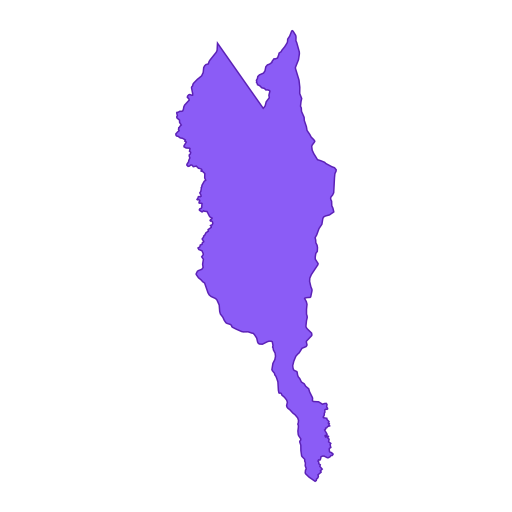 the district of Argelia, Antioquia, Colombia, rotated 90°
{"feature_id": "7082276B45254124580700", "entity_name": "Argelia", "entity_type": "district", "adm_level": 2, "iso_a3": "COL", "parent_name": "Colombia", "parent_adm1": "Antioquia", "projection": "robinson", "projection_center": [-75.064, 5.704], "detail": "fine", "context": "isolated", "style": "filled", "palette": "violet", "viewbox_px": 512, "rotation_deg": 90, "n_neighbors": 0, "source": "geoboundaries", "source_scale": "gbopen_adm2", "svg_char_len": 6091}
<svg xmlns="http://www.w3.org/2000/svg" viewBox="0 0 512 512"><g transform="rotate(90 256 256)"><path d="M43.2,294.5L50.3,294.9L52.2,295.7L59.8,301.8L61.5,302.9L63.9,303.7L64.6,306.1L65.9,307.4L67.6,308.3L72.5,308.8L75.9,310.4L79.3,314.6L83.0,318.2L84.1,319.0L85.9,319.4L86.9,320.3L87.7,320.5L93.8,319.3L95.2,319.4L95.3,320.1L94.5,322.2L94.8,323.2L95.2,323.6L96.1,324.4L97.2,324.7L99.1,323.0L100.1,322.8L105.1,327.4L106.9,328.2L109.3,328.6L110.9,329.3L111.3,330.2L111.3,332.3L112.2,333.7L112.4,335.1L112.9,335.3L115.7,334.6L116.6,335.2L117.4,335.2L118.1,334.9L120.1,332.5L122.5,332.4L125.0,330.7L126.2,332.0L127.3,332.6L127.6,333.2L129.5,333.5L130.7,332.9L131.8,334.3L134.0,336.2L135.5,335.9L136.2,335.0L136.3,333.9L137.9,331.8L138.3,329.5L139.9,326.7L141.1,327.2L141.6,326.1L142.2,325.8L145.8,328.0L146.8,328.0L148.0,325.9L148.2,322.4L148.6,322.0L151.3,322.5L152.0,321.5L152.7,321.3L154.1,321.8L155.0,322.8L156.4,322.7L157.9,322.1L160.3,323.2L161.7,323.4L164.3,325.1L165.2,325.1L166.4,323.9L166.1,322.6L164.9,321.0L165.3,319.8L166.7,318.7L166.1,315.7L168.3,313.5L168.4,312.6L169.2,310.5L170.1,310.1L170.7,310.9L171.1,310.9L171.5,309.3L173.5,307.2L177.9,307.3L180.2,306.3L181.3,307.8L185.2,310.0L187.0,310.3L187.7,310.8L188.7,310.7L191.4,311.2L192.9,312.2L195.0,311.1L196.2,310.9L196.7,311.5L196.5,313.1L196.8,313.7L198.2,314.1L199.4,315.0L199.8,314.6L199.8,313.1L200.2,312.4L200.9,312.2L202.2,313.0L203.1,312.8L203.3,310.3L203.5,310.0L207.5,310.3L208.2,310.7L208.9,312.3L209.9,312.7L210.5,312.2L211.9,310.1L211.8,309.5L210.8,308.6L211.3,307.3L211.5,305.0L216.3,302.5L217.1,301.8L218.0,300.0L218.6,300.0L219.8,301.6L220.6,301.9L221.1,301.4L220.9,300.6L221.7,299.6L223.3,299.2L224.7,299.7L225.5,301.5L226.6,300.7L227.4,300.8L229.6,303.9L231.2,303.7L232.7,306.0L235.2,307.3L236.0,308.3L237.2,308.5L238.8,309.8L239.4,309.7L241.3,308.3L241.8,308.3L242.7,309.6L244.4,310.0L245.0,311.7L246.9,312.2L248.0,314.0L249.5,313.2L250.8,310.0L253.9,308.7L254.7,308.8L256.8,310.3L259.3,308.6L264.2,309.4L267.5,308.9L269.3,310.2L270.6,313.6L271.3,314.6L273.7,315.8L274.5,315.8L277.8,313.5L279.8,311.0L281.7,309.3L283.0,307.4L292.8,304.0L294.9,302.8L296.5,300.9L298.5,296.5L299.9,295.1L305.0,292.8L311.5,292.3L314.0,291.6L317.3,289.1L320.4,287.7L322.7,286.1L323.3,285.2L324.5,281.5L325.5,280.5L326.6,280.2L327.2,279.6L329.1,275.9L331.6,270.2L331.9,268.5L331.8,263.9L333.1,260.2L333.3,258.8L334.7,257.5L338.1,255.3L342.0,254.4L343.3,253.7L344.0,252.7L344.2,249.6L341.7,244.6L341.2,243.0L341.2,240.8L341.8,239.7L345.6,239.0L347.1,239.4L348.0,238.9L349.9,238.6L353.1,236.9L356.2,236.5L359.5,237.1L363.4,239.1L369.6,240.1L370.6,239.7L373.3,237.5L374.9,237.2L376.1,236.2L378.0,235.4L381.9,234.1L390.4,233.6L392.8,233.1L393.1,232.8L393.1,231.4L393.5,230.7L395.1,230.1L397.3,227.5L400.0,225.4L402.2,224.6L405.6,225.4L406.9,225.1L408.2,224.2L409.9,222.0L413.0,219.2L414.8,216.9L417.9,214.3L420.4,213.5L422.8,213.7L424.1,214.2L425.2,213.7L426.8,213.6L431.0,214.1L434.4,213.8L435.6,213.4L438.9,211.2L440.1,211.3L441.0,212.1L441.8,212.3L445.2,211.2L450.7,211.1L455.7,210.4L456.4,210.1L459.3,207.3L461.0,207.3L462.9,206.6L465.8,206.8L467.9,206.0L469.0,205.8L470.1,206.5L472.9,206.8L473.9,206.3L477.1,203.0L481.3,196.9L480.5,195.7L479.1,195.5L477.9,194.2L476.4,193.6L474.8,194.0L472.2,190.9L471.7,191.0L470.9,191.6L469.1,189.8L466.3,192.2L464.8,191.7L463.7,193.2L462.0,193.2L461.1,194.0L459.9,193.5L460.1,192.1L458.9,191.4L456.9,191.1L456.1,189.6L456.1,187.9L457.7,184.7L457.8,183.9L456.9,182.1L455.6,181.1L455.5,179.9L454.5,179.0L453.9,179.0L453.3,180.0L452.7,180.2L452.0,182.2L451.6,182.5L449.0,182.8L448.3,182.5L447.5,181.2L444.6,181.9L443.4,181.2L441.8,183.4L439.2,182.9L437.5,184.7L437.1,184.6L436.7,183.5L436.4,183.5L436.1,184.0L436.1,185.2L436.9,186.5L435.8,187.0L435.4,186.6L435.3,185.3L434.3,184.9L430.0,187.4L429.3,186.5L428.1,186.4L427.9,185.4L426.6,184.4L425.9,182.3L425.5,182.4L424.9,183.2L423.6,182.7L423.0,183.7L421.6,183.0L419.5,185.0L418.3,185.2L417.7,188.5L417.1,188.8L415.0,187.7L413.2,187.7L412.2,187.1L410.0,187.2L409.3,186.5L409.3,184.9L408.9,184.4L408.3,184.4L406.9,185.4L404.5,185.0L403.4,185.7L403.5,187.4L404.2,189.5L401.8,193.4L401.5,198.5L400.8,199.6L398.2,199.4L397.3,199.7L391.9,202.4L388.8,203.3L386.3,206.3L383.8,207.8L382.0,210.6L378.5,212.3L376.9,213.7L375.1,214.4L372.0,214.9L371.5,215.3L370.4,217.8L369.6,218.5L368.0,219.0L365.7,219.3L361.2,218.2L356.3,216.2L354.1,214.3L352.9,212.9L348.3,210.0L346.6,206.0L345.7,205.3L344.9,205.0L341.8,205.7L341.1,205.5L335.7,200.4L335.0,200.1L333.1,200.4L328.8,204.8L327.6,205.7L326.3,206.1L320.6,205.5L317.6,204.8L316.1,204.9L314.2,205.5L309.4,205.5L304.3,205.0L301.6,205.7L298.5,207.4L298.0,207.0L297.6,205.1L297.4,201.9L296.8,201.3L290.7,200.0L289.3,200.1L286.9,201.1L281.4,202.4L278.1,202.2L274.5,200.6L264.7,194.1L263.6,193.9L259.2,196.7L257.3,196.8L253.4,196.2L251.4,194.7L247.6,194.5L245.3,194.9L242.7,196.2L240.0,196.3L237.7,196.9L234.9,195.3L228.6,193.0L224.2,190.1L218.6,189.2L217.0,188.4L216.0,186.6L214.9,182.5L211.9,178.2L208.1,179.1L205.8,180.2L201.2,180.4L199.5,181.2L198.1,181.4L196.9,181.0L195.0,179.4L192.7,178.3L177.6,177.5L173.6,177.1L171.3,176.0L169.8,175.8L167.7,177.5L166.7,180.2L163.5,186.2L162.3,187.4L160.7,191.3L159.7,194.5L153.5,198.3L150.2,199.8L146.4,200.3L145.2,199.9L142.1,197.6L141.2,197.2L139.7,198.2L137.0,200.9L134.5,202.2L130.4,205.0L126.7,205.6L120.5,207.7L117.3,207.9L111.4,210.5L108.0,210.7L106.2,211.5L101.6,211.0L98.5,210.3L93.5,212.3L87.3,212.2L80.1,213.0L68.6,216.5L67.5,216.6L59.7,213.5L53.8,212.6L51.9,212.7L42.9,215.2L40.7,216.1L37.0,216.0L35.4,216.3L31.4,218.8L30.7,219.5L31.0,220.3L36.1,222.3L39.1,224.3L41.8,224.5L43.1,225.0L46.8,227.3L50.2,230.1L51.7,230.9L53.1,232.9L54.8,233.3L58.0,234.5L58.9,236.7L58.8,238.0L61.5,240.0L62.4,240.1L64.1,242.4L64.9,244.6L66.8,246.2L70.8,247.0L73.1,248.5L74.9,252.6L76.5,254.2L78.6,254.6L80.3,255.6L81.1,255.3L82.5,255.5L83.5,254.7L84.7,254.5L85.7,252.3L87.8,250.2L88.4,247.6L89.9,246.2L89.9,244.3L90.6,242.4L91.2,242.1L95.2,243.1L97.7,242.7L101.8,245.8L105.7,246.8L107.0,247.6L108.3,248.8L43.2,294.5Z" fill="#8b5cf6" stroke="#5b21b6" stroke-width="1.5"/></g></svg>